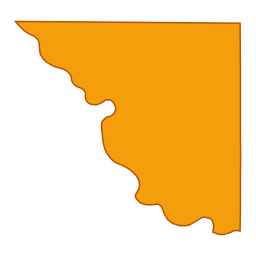 outline of Platte, Missouri, United States of America
{"feature_id": "52423323B635722871414", "entity_name": "Platte", "entity_type": "district", "adm_level": 2, "iso_a3": "USA", "parent_name": "United States of America", "parent_adm1": "Missouri", "projection": "natural_earth1", "projection_center": [-94.851, 39.343], "detail": "fine", "context": "isolated", "style": "filled", "palette": "amber", "viewbox_px": 256, "rotation_deg": 0, "n_neighbors": 0, "source": "geoboundaries", "source_scale": "gbopen_adm2", "svg_char_len": 1530}
<svg xmlns="http://www.w3.org/2000/svg" viewBox="0 0 256 256"><path d="M240.1,23.2L15.4,21.4L19.9,26.5L24.4,30.7L26.8,32.5L34.8,36.6L36.2,37.9L38.1,40.1L38.8,41.5L39.1,43.2L39.8,51.1L40.3,54.1L41.0,55.5L43.2,58.9L44.6,60.4L46.5,62.0L48.7,63.5L54.3,66.5L63.3,69.1L65.8,70.2L69.4,73.4L70.9,75.8L71.9,81.2L73.6,84.0L75.4,85.5L76.6,86.5L81.7,88.4L83.3,89.6L84.8,91.3L85.5,93.0L85.3,96.3L85.5,98.6L85.8,99.6L87.4,102.0L88.5,102.9L89.3,103.5L89.6,103.7L91.2,104.3L95.9,104.8L97.6,104.5L99.1,103.8L102.0,102.4L105.4,100.2L108.5,99.8L109.9,99.9L111.2,100.4L113.0,101.9L114.8,105.2L115.5,107.5L115.6,109.8L114.6,112.8L112.9,114.7L110.3,116.3L107.7,116.8L106.7,117.2L105.1,118.4L103.0,120.4L102.0,121.8L101.8,122.8L101.7,123.3L101.5,125.1L102.6,139.0L103.3,142.5L103.9,145.5L104.8,148.7L106.2,152.1L108.4,155.5L112.1,159.8L114.1,161.6L116.0,162.8L120.8,164.7L125.5,166.9L130.3,169.9L134.1,173.3L137.0,176.7L138.8,180.3L139.6,184.9L139.4,186.8L138.6,189.2L135.5,194.9L135.4,196.7L136.1,198.3L136.9,199.4L140.4,202.8L141.8,203.5L145.9,204.6L151.3,204.9L156.8,204.0L158.4,204.3L159.4,204.9L161.1,206.3L162.1,208.0L164.4,213.9L167.7,219.6L172.5,223.3L177.2,225.0L179.6,225.6L185.4,225.7L189.6,224.9L197.6,220.3L201.7,217.6L204.8,217.1L209.8,218.4L212.2,220.0L213.0,223.0L213.8,226.2L212.9,232.1L218.1,234.1L222.9,234.6L230.1,232.7L233.8,230.7L236.9,230.5L240.1,231.0L240.2,219.7L240.4,210.6L240.4,182.2L240.5,170.4L240.6,158.1L240.4,133.5L240.4,112.4L240.4,64.7L240.3,56.7L240.1,23.2Z" fill="#f59e0b" stroke="#b45309" stroke-width="1.5"/></svg>